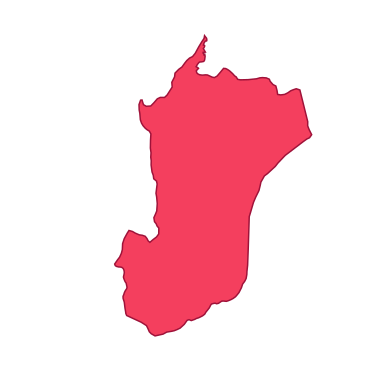 Telang Usan, Sarawak, Malaysia, rotated 27°
{"feature_id": "92858781B46981369874280", "entity_name": "Telang Usan", "entity_type": "district", "adm_level": 2, "iso_a3": "MYS", "parent_name": "Malaysia", "parent_adm1": "Sarawak", "projection": "equal_earth", "projection_center": [114.732, 3.333], "detail": "fine", "context": "isolated", "style": "filled", "palette": "rose", "viewbox_px": 384, "rotation_deg": 27, "n_neighbors": 0, "source": "geoboundaries", "source_scale": "gbopen_adm2", "svg_char_len": 3088}
<svg xmlns="http://www.w3.org/2000/svg" viewBox="0 0 384 384"><g transform="rotate(27 192 192)"><path d="M247.3,307.1L249.7,306.9L252.4,304.1L253.0,303.1L253.9,302.1L254.8,301.3L256.0,299.8L257.6,297.6L258.8,295.1L258.9,292.9L260.0,287.5L260.0,284.3L260.2,283.0L261.7,281.6L263.0,280.6L264.7,280.4L266.2,279.1L266.9,277.7L268.1,275.7L269.7,274.8L272.3,273.8L273.9,272.2L275.5,270.3L276.9,268.3L278.3,265.6L278.9,263.2L279.5,260.3L279.5,257.6L279.5,255.7L279.5,254.8L278.9,251.1L279.5,247.8L279.5,244.5L278.3,240.6L277.0,237.8L274.8,232.0L267.9,217.1L254.2,188.0L253.4,183.5L251.5,173.4L251.1,167.9L251.0,160.3L249.8,155.2L248.9,151.9L249.2,144.8L251.0,141.1L254.6,131.3L255.4,127.2L258.4,117.1L267.7,97.7L270.3,92.6L272.1,90.3L272.6,86.6L268.0,83.2L265.0,80.5L263.2,76.8L241.8,52.1L239.7,52.4L238.0,52.7L235.8,54.9L234.0,57.0L232.3,60.2L230.3,62.9L227.0,65.2L224.0,66.2L221.7,63.0L218.6,59.5L215.4,59.5L211.4,57.9L209.7,56.4L206.4,56.6L202.8,58.1L200.6,59.5L198.0,61.9L191.2,66.3L188.1,68.0L184.2,70.1L181.5,70.9L179.2,69.4L177.3,69.2L174.5,68.1L170.5,67.0L168.2,66.7L166.0,66.7L164.0,67.5L162.9,72.5L161.7,77.4L160.0,79.9L157.7,80.5L155.0,80.6L152.7,80.7L151.0,81.4L148.1,83.2L145.5,84.1L143.6,84.1L142.1,83.6L140.8,82.1L141.3,80.1L141.7,78.9L141.0,78.6L138.8,78.5L138.9,75.9L139.3,73.9L139.7,72.8L141.6,71.6L143.0,70.5L143.3,69.9L143.3,68.6L142.5,66.3L142.0,65.0L141.0,63.7L140.7,64.5L140.3,64.4L139.9,63.5L138.9,63.3L138.5,62.5L140.4,61.3L138.9,60.3L137.0,59.1L137.2,57.2L137.0,56.0L136.1,55.6L135.5,55.9L135.2,54.9L135.1,53.9L135.2,52.5L135.4,51.4L136.4,50.8L136.3,49.9L135.2,48.4L132.2,47.0L133.0,49.6L132.5,54.1L132.1,59.6L131.9,67.0L131.0,71.1L129.0,73.8L127.7,77.2L127.1,80.1L126.3,85.2L124.5,88.7L122.9,93.8L124.2,97.3L124.2,103.4L126.7,107.5L125.8,116.9L124.6,120.2L120.8,122.1L118.8,124.7L117.5,130.0L116.2,134.1L112.3,136.4L109.1,136.2L107.4,134.5L105.7,132.7L104.5,133.5L105.1,138.2L107.7,142.9L109.8,145.6L113.2,151.1L115.8,153.6L118.4,155.2L121.4,156.4L123.7,156.9L126.3,157.1L129.0,158.9L131.5,164.6L135.0,171.8L137.7,175.7L139.5,179.8L141.5,182.7L143.3,186.5L147.3,192.3L149.9,194.7L151.9,197.6L155.4,198.4L157.3,200.7L160.5,209.5L162.7,212.4L166.3,218.1L169.2,224.9L169.5,228.3L169.7,232.2L172.1,235.5L174.4,236.5L176.4,238.2L178.8,239.2L181.4,244.5L180.8,248.2L179.0,251.9L177.3,256.0L175.0,255.4L173.0,253.9L170.4,252.7L167.4,253.1L164.5,254.1L160.1,254.4L156.9,254.2L153.3,254.9L153.0,258.1L152.8,264.3L153.6,269.5L154.7,271.9L156.1,275.0L156.9,278.7L157.1,282.9L156.5,285.9L155.8,291.3L157.0,292.4L158.4,292.6L160.7,292.1L162.2,291.4L163.6,291.0L165.5,291.4L167.1,292.8L168.2,294.4L168.8,296.1L169.5,298.9L170.6,300.1L172.2,301.5L173.2,302.3L174.7,303.1L177.4,306.4L177.7,308.2L177.4,309.8L177.4,312.1L177.8,314.5L177.9,316.2L178.8,317.9L179.6,318.8L181.6,320.8L185.1,326.0L186.9,328.4L188.3,330.4L189.9,331.7L205.8,331.1L212.1,331.7L214.5,333.5L217.4,335.9L220.0,336.8L224.4,337.0L230.7,331.8L233.1,328.3L236.9,325.5L239.1,323.7L241.2,321.3L243.2,318.7L245.2,313.4L245.6,310.7L245.9,308.6L247.3,307.1Z" fill="#f43f5e" stroke="#9f1239" stroke-width="1.5"/></g></svg>